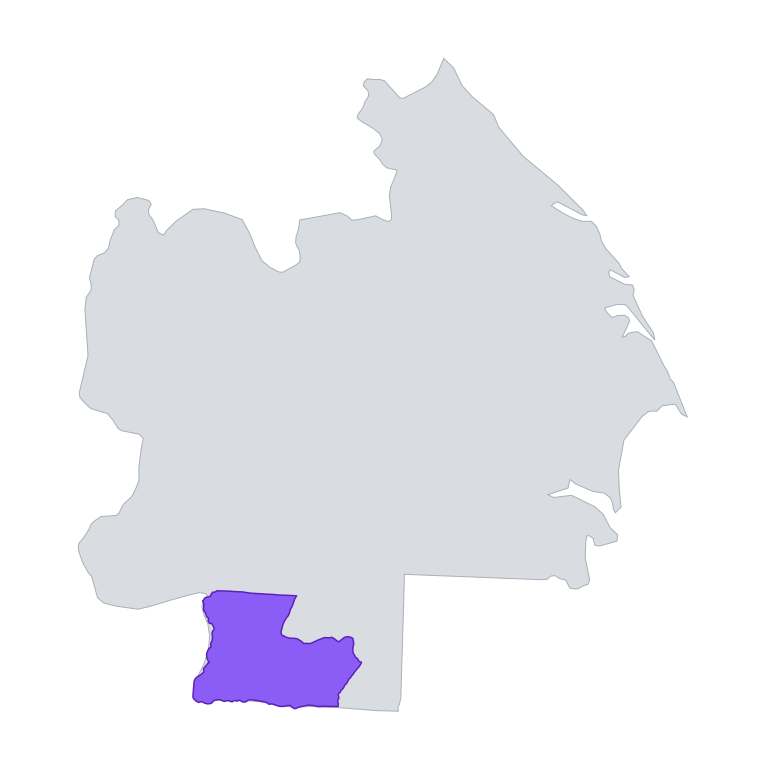 location of Haut-Ntem, Wouleu-Ntem, Gabon, rotated 182°
{"feature_id": "22940354B67631152101375", "entity_name": "Haut-Ntem", "entity_type": "district", "adm_level": 2, "iso_a3": "GAB", "parent_name": "Gabon", "parent_adm1": "Wouleu-Ntem", "projection": "orthographic", "projection_center": [12.589, 1.764], "detail": "fine", "context": "in_parent", "style": "filled", "palette": "violet", "viewbox_px": 768, "rotation_deg": 182, "n_neighbors": 0, "source": "geoboundaries", "source_scale": "gbopen_adm2", "svg_char_len": 7657}
<svg xmlns="http://www.w3.org/2000/svg" viewBox="0 0 768 768"><g transform="rotate(182 384 384)"><path d="M563.1,72.1L562.6,79.5L554.3,97.5L550.3,111.4L549.4,126.2L551.7,138.1L555.7,146.6L558.3,155.9L556.3,162.3L552.3,165.1L555.0,168.3L561.1,169.1L571.4,166.3L587.4,161.3L608.2,154.2L621.9,150.3L644.5,152.7L656.6,155.4L662.8,160.4L669.5,181.7L672.8,184.9L678.3,193.9L682.8,204.8L683.8,210.3L683.3,214.3L678.7,220.1L673.6,228.8L671.7,234.0L667.4,237.9L661.9,241.7L646.8,243.3L644.5,245.5L640.3,254.7L632.3,262.5L628.7,269.9L625.4,279.7L626.1,291.9L624.5,309.4L622.8,321.2L626.9,325.3L644.9,328.2L648.4,330.6L653.2,337.9L659.4,344.8L675.9,349.1L682.3,354.4L687.5,360.1L688.2,364.9L684.4,383.9L680.8,402.1L682.2,416.0L683.6,429.2L685.5,448.5L684.6,460.3L680.0,467.5L680.0,473.1L682.1,479.9L677.9,498.7L675.3,501.9L667.9,505.4L664.0,510.4L662.7,518.3L658.7,529.2L654.6,533.1L654.6,538.2L658.6,541.9L658.5,547.5L651.1,554.2L646.7,559.3L636.8,561.8L625.6,559.2L622.9,555.5L625.6,549.7L624.7,545.0L620.8,540.1L614.8,527.5L609.5,524.9L606.5,530.0L597.3,539.6L581.1,551.9L569.8,552.9L548.9,549.1L531.4,543.3L523.1,528.9L517.9,517.0L510.5,503.2L502.1,496.6L493.1,492.4L489.1,492.1L476.3,499.8L472.4,502.9L472.4,509.3L473.6,515.3L475.6,518.2L477.3,522.1L477.0,528.1L474.7,536.2L473.9,545.0L433.7,553.7L426.7,550.6L421.7,546.6L415.6,547.3L398.2,551.8L391.7,548.6L385.4,546.3L382.5,548.2L382.2,552.0L385.2,572.9L384.3,580.8L380.3,591.2L378.3,598.2L389.0,600.2L392.8,603.5L396.6,608.7L401.7,613.6L402.1,616.6L396.2,622.0L394.2,628.7L397.0,634.0L404.3,639.4L414.9,645.1L420.0,648.8L419.5,652.2L414.7,659.5L412.8,665.6L409.4,671.2L410.1,676.3L414.9,681.0L414.4,685.3L411.1,688.5L404.5,687.8L399.0,688.3L394.0,687.0L378.3,670.5L374.9,670.0L352.2,682.7L346.5,687.9L341.8,695.3L335.6,711.5L325.3,702.1L316.3,684.8L305.9,674.2L284.0,657.1L278.2,644.5L253.1,616.6L217.2,588.8L191.2,564.6L187.2,559.3L191.6,559.9L216.7,572.0L220.1,570.6L223.0,568.0L212.2,561.6L201.8,556.6L192.1,553.5L182.4,553.8L177.0,548.7L173.4,540.9L171.6,534.3L167.3,527.3L153.5,513.0L150.2,507.4L142.6,499.8L147.2,498.9L162.0,506.1L163.3,503.2L162.0,499.0L147.2,492.1L139.1,491.6L137.2,486.8L138.3,481.2L127.7,460.3L116.7,444.7L114.9,437.3L144.7,471.3L148.6,471.9L153.9,471.6L166.2,467.8L163.8,463.3L158.3,458.4L152.9,460.6L145.9,461.1L142.2,459.0L140.6,455.5L147.6,439.0L144.5,439.9L142.3,442.8L138.5,444.2L132.5,445.1L117.9,436.2L105.0,412.3L101.5,407.4L98.1,399.1L94.7,395.6L79.8,361.7L85.5,364.2L92.2,374.0L105.4,372.0L110.5,366.3L115.0,366.5L119.6,365.2L125.4,359.9L142.2,336.5L146.7,305.7L145.2,287.3L142.8,269.2L148.3,263.4L150.5,267.2L151.6,273.7L154.2,278.4L160.2,282.7L171.4,283.9L188.7,290.7L194.8,295.0L196.5,286.4L216.4,279.1L210.4,276.5L192.7,279.3L168.5,268.4L160.5,261.5L153.0,248.3L145.2,241.4L145.7,235.2L163.1,229.5L167.7,230.2L169.6,237.0L174.2,239.8L176.0,238.9L176.8,233.1L176.9,217.5L171.6,195.2L173.2,190.9L178.0,189.3L182.2,186.4L185.2,185.8L191.1,186.4L194.0,191.6L195.6,194.4L201.6,195.7L206.4,198.5L210.6,197.8L214.1,194.6L219.3,193.9L235.1,194.0L249.5,194.0L278.1,194.2L306.7,194.3L335.3,194.4L356.9,194.5L356.8,181.7L356.7,162.0L356.6,138.8L356.5,116.5L356.4,95.8L356.2,71.4L357.4,64.4L358.8,61.5L358.3,57.5L380.5,57.3L420.6,59.1L438.1,58.8L443.1,59.2L465.0,57.9L482.7,59.5L490.2,61.2L497.0,62.1L518.2,63.1L546.0,61.8L555.4,62.1L560.6,65.5L563.1,72.1Z" fill="#d9dde1" stroke="#a8b0b8" stroke-width="1"/><path d="M396.8,105.0L397.1,105.2L397.8,105.5L398.8,105.8L399.4,106.2L400.0,106.9L400.3,107.6L400.4,108.0L401.1,108.8L401.7,109.1L402.8,109.7L403.4,110.8L403.9,111.8L404.5,112.7L405.1,113.5L405.6,114.8L405.9,116.3L405.9,117.9L405.9,119.3L405.7,120.7L405.4,121.8L405.2,123.1L405.3,124.2L405.6,126.0L406.0,127.4L406.3,128.5L406.7,129.0L407.8,129.5L408.6,129.7L410.2,130.1L411.6,130.1L413.6,129.8L415.1,129.1L416.0,128.3L416.8,127.4L418.2,126.6L418.8,126.1L419.2,125.4L419.6,125.0L420.1,124.9L421.2,125.1L422.1,125.8L423.4,126.6L424.5,127.5L425.7,128.2L426.5,128.7L427.2,128.9L428.2,128.9L429.3,128.5L431.1,128.4L434.0,128.5L436.1,128.0L437.2,127.3L438.7,126.8L440.6,126.0L442.5,125.1L444.5,123.9L445.8,123.3L447.0,122.7L448.6,122.1L449.6,121.9L450.4,122.0L451.5,122.1L452.5,122.0L454.4,122.0L455.6,122.1L456.4,122.7L457.2,123.7L458.8,124.6L460.4,125.6L461.6,126.3L463.5,126.6L465.7,126.7L468.2,126.7L470.3,126.8L471.3,127.2L472.7,127.5L474.3,127.9L474.9,128.6L475.5,128.9L476.3,129.0L477.0,129.1L477.7,130.3L478.3,131.8L478.0,133.8L477.5,136.2L477.0,138.5L476.6,140.2L475.7,142.5L474.3,145.2L473.2,147.2L472.2,148.2L471.5,149.4L471.2,150.2L470.5,151.8L470.3,153.2L469.8,154.7L469.4,156.2L468.5,157.5L467.9,159.1L467.2,161.1L466.5,163.4L465.9,165.6L464.1,169.2L470.0,169.4L477.1,169.4L483.8,169.5L486.8,169.8L494.7,169.9L509.9,170.3L514.2,170.8L518.5,171.3L524.1,171.3L533.0,171.6L541.8,171.5L543.9,171.5L544.8,170.8L546.0,170.1L548.1,169.8L548.1,169.7L548.7,168.9L549.3,168.1L549.7,167.3L550.0,166.4L550.5,165.7L551.2,165.3L552.3,165.1L553.4,164.9L554.7,164.4L555.4,164.1L556.0,163.4L556.4,162.4L556.7,161.7L557.6,160.9L557.5,160.1L557.2,159.7L556.5,158.6L556.4,157.5L556.4,155.4L556.5,153.7L556.5,151.8L556.0,150.6L555.1,150.0L554.6,149.2L554.1,148.1L553.6,146.6L553.2,145.4L552.7,144.9L551.8,144.3L551.1,143.5L551.3,142.4L551.4,141.2L551.2,140.3L550.7,139.4L549.8,138.7L549.1,138.5L548.5,138.9L547.9,138.7L547.6,138.2L547.2,137.6L546.7,136.8L546.2,135.8L545.7,134.8L545.2,133.8L545.0,133.3L545.3,132.6L545.8,132.1L546.5,131.2L546.9,130.2L547.1,129.4L547.1,128.6L547.0,127.4L546.8,126.7L546.7,125.7L546.6,124.7L546.6,123.8L546.7,122.7L546.9,121.6L547.3,120.4L547.6,119.8L547.9,119.3L548.0,118.7L548.1,118.1L548.1,117.2L547.9,116.3L547.5,115.6L547.8,114.9L549.0,114.3L549.8,113.4L550.6,112.0L551.2,110.3L551.6,109.0L551.8,107.2L551.8,105.8L551.5,104.8L551.1,103.3L550.5,102.1L549.9,100.8L549.1,100.0L549.1,99.4L549.9,99.2L550.4,98.6L551.4,97.2L552.7,95.4L553.6,94.5L554.1,93.7L554.4,92.8L554.4,92.1L554.2,91.1L554.0,90.3L554.1,89.8L554.6,89.3L555.6,88.3L556.7,87.3L558.1,86.3L559.6,85.4L560.7,84.6L562.1,83.1L563.1,81.3L563.4,79.7L563.6,75.6L563.9,69.4L564.0,67.3L564.0,64.6L563.7,63.5L563.3,62.9L562.5,62.1L561.4,61.0L559.7,60.0L558.7,59.5L558.0,59.3L556.8,59.7L556.0,60.0L555.2,60.1L554.0,59.7L553.3,59.4L552.1,58.8L550.5,58.4L548.9,58.2L547.1,58.4L545.5,58.9L544.3,60.0L543.3,61.2L541.7,62.1L539.5,62.6L537.9,62.8L536.4,62.6L535.2,62.1L533.9,61.6L532.8,61.3L532.1,61.3L530.5,61.9L529.2,62.0L527.9,62.0L526.7,61.6L525.6,61.2L524.8,61.1L524.2,61.3L523.7,61.7L523.1,62.1L522.3,62.5L521.3,62.4L520.6,62.0L519.7,61.9L519.3,62.3L518.5,62.8L516.8,62.6L516.0,62.4L514.9,61.7L513.7,61.3L512.4,61.2L511.5,61.4L510.8,61.8L510.0,62.3L509.0,63.1L507.9,63.6L506.7,63.7L505.3,63.8L503.5,63.6L500.6,63.3L498.5,63.0L496.1,62.7L494.4,62.4L492.8,62.2L491.4,61.9L490.0,61.5L488.9,60.6L488.0,60.0L487.3,59.9L486.7,60.2L485.9,60.4L484.6,60.3L483.4,60.1L481.9,59.6L480.1,59.0L478.1,58.3L476.6,58.2L474.1,58.2L472.8,58.3L471.6,58.6L470.4,59.0L468.9,59.2L467.2,59.4L465.9,58.9L465.0,58.3L464.2,57.6L463.2,56.9L462.0,56.5L460.6,56.6L459.6,57.2L458.0,58.0L456.2,58.5L454.7,58.9L451.8,59.6L450.1,60.1L447.7,60.4L444.0,60.2L441.1,59.9L439.2,59.4L437.3,59.5L434.0,59.8L423.7,60.0L418.7,60.1L418.5,62.7L418.9,64.3L419.2,65.3L419.2,66.5L418.5,67.4L418.2,68.2L418.3,69.7L418.5,70.7L419.0,71.4L419.0,72.1L418.4,73.1L417.7,73.8L417.0,74.4L416.4,75.7L415.8,76.8L414.6,78.0L413.9,78.9L413.2,80.5L412.6,81.9L411.3,82.9L410.5,84.1L410.0,85.4L409.3,86.7L408.9,87.8L408.2,88.4L407.3,89.1L407.0,89.8L406.5,90.8L405.6,91.8L404.8,92.6L404.4,93.5L403.7,94.7L402.3,96.5L401.2,98.0L399.2,100.4L398.4,101.7L397.8,102.6L397.2,103.9L396.8,105.0L396.8,105.0Z" fill="#8b5cf6" stroke="#5b21b6" stroke-width="1.5"/></g></svg>